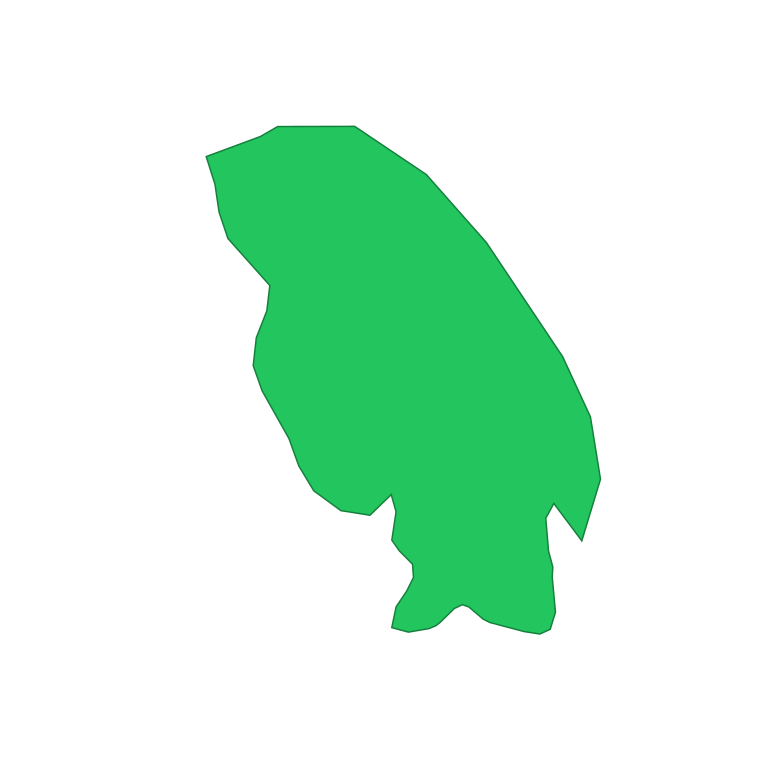 an SVG outline of Guimaras, rotated 303°
{"feature_id": "PHL-2530", "entity_name": "Guimaras", "entity_type": "Province", "adm_level": 1, "iso_a3": "PHL", "parent_name": "Philippines", "parent_adm1": "", "projection": "albers", "projection_center": [122.577, 10.591], "detail": "fine", "context": "isolated", "style": "filled", "palette": "green", "viewbox_px": 768, "rotation_deg": 303, "n_neighbors": 0, "source": "natural_earth", "source_scale": "10m", "svg_char_len": 783}
<svg xmlns="http://www.w3.org/2000/svg" viewBox="0 0 768 768"><g transform="rotate(303 384 384)"><path d="M542.0,154.6L584.1,219.1L582.7,305.4L558.4,392.8L504.2,519.0L468.9,575.0L422.1,617.4L360.2,635.3L376.3,591.5L359.5,592.8L333.6,612.9L322.4,625.3L313.6,630.3L286.0,652.1L268.8,657.0L259.2,650.9L252.7,636.4L241.6,602.6L240.8,595.2L243.2,576.6L241.6,569.9L233.9,565.2L214.5,560.9L209.5,559.1L203.3,554.9L189.2,539.6L183.9,523.2L203.8,515.5L222.4,515.8L237.8,514.1L248.4,506.1L252.4,487.8L257.3,475.6L283.4,463.7L295.2,450.3L266.3,443.7L254.3,416.8L256.2,383.2L268.8,357.3L286.4,334.1L311.9,285.5L328.2,264.3L353.3,251.7L381.5,245.9L404.4,234.6L421.0,173.9L438.3,152.1L459.6,133.3L477.9,111.0L524.2,145.5L542.0,154.6Z" fill="#22c55e" stroke="#15803d" stroke-width="1.5"/></g></svg>